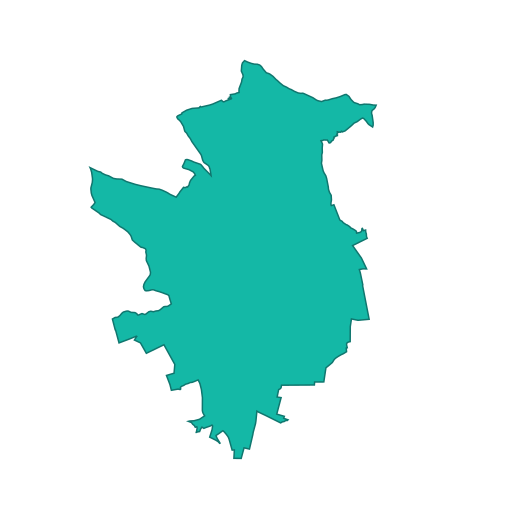 the district of Gheorghe Doja, Mures, Romania, rotated 165°
{"feature_id": "2599482B99552937012719", "entity_name": "Gheorghe Doja", "entity_type": "district", "adm_level": 2, "iso_a3": "ROU", "parent_name": "Romania", "parent_adm1": "Mures", "projection": "equal_earth", "projection_center": [24.503, 46.455], "detail": "fine", "context": "isolated", "style": "filled", "palette": "teal", "viewbox_px": 512, "rotation_deg": 165, "n_neighbors": 0, "source": "geoboundaries", "source_scale": "gbopen_adm2", "svg_char_len": 6134}
<svg xmlns="http://www.w3.org/2000/svg" viewBox="0 0 512 512"><g transform="rotate(165 256 256)"><path d="M393.4,384.3L393.2,383.0L393.1,379.3L393.8,373.7L394.1,372.2L395.1,369.4L397.8,364.6L398.2,363.3L398.8,359.5L398.8,356.9L397.6,349.3L399.5,347.7L402.6,345.8L402.1,344.7L397.0,338.8L396.3,337.9L395.4,336.3L386.6,328.8L385.2,326.7L383.3,324.9L379.9,319.8L377.3,317.3L375.5,315.1L373.5,312.4L372.0,309.2L371.5,307.3L371.3,303.5L369.4,300.5L365.2,294.7L364.6,294.1L363.2,293.5L360.9,291.6L360.7,289.9L361.4,288.4L361.5,285.6L361.7,284.6L362.7,282.1L363.1,279.9L362.0,273.9L362.1,267.6L362.9,265.5L363.7,264.6L369.7,259.8L371.6,257.6L372.7,255.4L372.7,253.4L372.1,251.4L371.2,250.8L368.5,250.3L365.1,250.3L363.6,249.8L361.9,248.5L358.2,246.3L351.2,241.4L350.4,240.2L350.4,236.7L350.2,231.7L352.7,230.7L354.1,230.3L355.5,230.4L357.0,230.8L358.4,230.8L362.7,228.8L364.4,228.4L367.0,228.8L369.6,228.7L371.9,229.9L373.9,229.9L377.5,228.4L378.2,228.3L378.8,228.4L380.8,229.8L381.3,229.9L384.7,229.4L385.3,229.5L385.7,229.9L386.0,231.0L386.2,231.3L387.6,232.7L391.3,233.9L392.9,235.3L393.9,236.0L395.6,236.3L398.5,236.2L399.4,235.9L400.6,235.3L402.8,233.7L405.2,232.7L406.5,232.8L407.9,233.1L411.0,232.3L411.1,221.3L410.9,221.3L410.8,219.8L410.8,207.5L399.7,208.6L392.3,209.5L392.0,209.2L395.2,206.3L390.1,202.0L387.1,190.4L367.9,194.1L362.5,172.3L365.5,164.0L373.4,163.8L372.4,154.1L372.5,148.2L365.7,147.6L364.4,146.9L363.6,146.7L363.1,147.1L363.2,147.7L363.1,148.4L362.3,149.1L361.6,149.4L359.3,149.7L357.2,150.4L354.5,150.4L352.4,150.8L350.4,150.5L349.1,150.6L344.0,151.3L343.4,148.6L343.2,147.1L343.3,141.1L344.4,133.1L347.8,120.7L347.9,119.3L347.8,117.9L347.0,114.9L352.5,113.0L353.3,112.9L358.5,112.9L362.8,113.8L364.1,113.8L361.4,111.8L360.7,109.9L359.4,108.1L359.0,106.3L357.4,106.4L357.4,105.0L359.2,101.2L360.1,101.0L357.9,101.2L355.9,101.0L354.3,103.2L352.5,104.7L351.0,103.0L348.9,103.3L344.3,103.6L342.3,104.1L341.9,103.1L343.4,99.6L347.6,93.0L342.5,88.5L340.6,86.4L339.6,84.5L339.2,84.6L340.7,89.7L341.1,92.5L341.0,93.0L338.0,94.0L333.3,95.8L332.9,95.5L332.2,94.3L331.1,92.0L330.0,89.3L329.6,87.9L329.4,85.9L329.3,74.7L327.1,74.3L329.7,66.3L322.7,64.3L317.2,73.8L312.3,71.2L305.3,84.3L304.3,86.5L299.9,94.1L298.8,96.6L295.3,105.9L294.0,104.6L288.1,99.6L275.4,88.4L273.3,89.0L271.8,88.8L269.7,89.4L268.4,89.0L267.5,89.5L271.3,92.1L270.1,93.8L276.9,97.9L268.4,112.7L272.1,114.3L268.7,121.1L267.2,121.4L266.3,121.9L265.7,122.6L264.8,124.6L233.0,116.3L232.0,119.1L223.1,116.8L217.4,129.9L212.9,131.9L209.8,133.4L207.1,135.9L205.3,136.8L202.7,137.7L199.4,138.6L197.0,139.0L193.3,140.1L192.7,143.7L191.6,143.7L191.5,146.6L191.2,147.8L190.4,148.6L188.9,149.0L187.2,148.9L183.2,163.4L180.1,170.5L174.1,167.5L163.1,165.6L160.7,199.8L160.3,200.4L159.6,212.6L159.7,216.2L156.0,215.9L152.5,214.9L154.7,226.7L160.0,241.1L144.0,244.3L144.2,245.5L144.2,246.5L143.7,248.8L143.8,250.7L143.4,252.7L145.7,252.7L146.0,254.8L146.2,255.2L146.6,255.0L147.3,253.1L148.1,252.3L149.4,251.9L152.9,252.0L153.0,252.3L152.7,252.8L152.7,253.7L153.0,254.5L155.2,256.9L157.0,258.5L157.5,259.0L157.6,259.6L157.9,260.1L159.9,262.4L161.0,263.1L162.0,264.4L162.9,265.3L163.4,266.0L163.6,266.9L165.7,269.1L167.5,285.3L170.2,285.2L170.3,286.1L169.9,287.8L168.6,290.6L167.7,295.0L167.8,295.7L168.5,298.2L168.6,299.4L168.7,301.8L168.3,303.9L167.7,312.5L167.8,315.4L168.8,318.9L169.1,321.1L168.8,328.6L167.6,331.4L166.3,336.7L165.1,338.9L164.1,343.2L162.9,346.4L162.8,347.4L163.4,350.6L162.9,350.6L161.8,350.3L160.7,350.6L157.1,349.5L156.5,347.6L156.3,346.5L156.0,346.2L154.7,346.2L153.2,347.4L151.3,348.1L150.8,349.0L150.1,349.6L150.1,350.5L149.9,350.7L149.3,350.6L148.2,351.2L147.4,351.1L146.8,351.3L146.2,351.2L146.0,351.8L146.5,352.1L146.5,352.4L145.5,353.8L145.3,355.0L144.6,354.7L144.6,354.1L144.3,354.0L142.9,354.1L142.3,353.7L141.1,354.4L140.9,354.3L140.8,353.6L140.7,353.5L137.5,353.8L130.1,357.2L126.8,359.0L123.4,359.6L120.0,361.0L117.5,361.7L116.4,361.0L114.6,357.6L113.6,354.9L112.9,353.7L110.0,350.4L109.0,352.0L108.3,354.5L107.4,361.9L107.5,363.6L107.0,365.3L106.2,366.5L103.5,367.7L102.2,368.9L100.9,370.6L103.5,371.4L107.0,373.1L112.3,374.7L114.3,374.8L116.8,375.3L118.2,376.7L121.2,378.6L121.9,379.3L123.7,382.5L124.9,386.1L127.0,388.7L128.4,388.9L133.4,388.2L137.7,388.0L141.5,388.2L145.9,388.0L147.7,388.2L148.8,388.6L152.7,388.2L155.7,389.8L157.1,390.8L160.1,394.2L168.1,400.8L169.2,401.3L170.4,401.4L173.1,402.6L176.4,405.2L178.8,407.6L180.5,408.8L182.8,411.2L185.6,413.5L188.2,417.1L190.1,420.2L190.8,421.0L193.0,425.0L195.3,427.9L196.4,428.9L198.6,430.3L200.7,434.7L201.7,437.6L203.0,439.5L205.1,440.9L207.8,441.7L210.6,443.2L213.9,445.5L216.5,447.7L219.1,446.0L220.4,443.9L222.3,438.5L221.7,434.4L222.1,432.3L223.7,430.5L224.9,427.8L229.0,422.1L229.8,419.6L230.0,418.3L232.4,418.4L234.1,418.0L239.0,418.5L239.4,416.5L239.3,415.6L238.9,414.9L238.9,414.4L239.1,414.2L239.4,414.3L239.6,414.9L240.0,416.1L240.4,416.2L240.4,415.6L240.2,414.3L240.3,414.1L241.3,414.0L241.5,414.3L241.7,415.4L241.9,415.4L242.1,415.1L242.2,414.1L242.6,413.8L244.8,413.7L246.4,413.3L247.4,413.3L248.0,413.7L249.1,415.4L258.3,414.0L261.8,413.8L270.1,414.1L270.8,414.3L271.0,414.8L271.6,414.6L272.7,413.8L279.5,415.1L285.3,414.8L290.5,413.4L291.0,412.4L295.1,411.7L296.3,411.1L296.5,410.4L296.1,408.7L295.1,407.3L294.0,405.3L292.5,400.0L292.5,395.2L292.3,394.5L291.2,392.7L290.3,389.3L289.1,386.5L288.3,383.0L282.9,368.3L282.7,366.9L282.7,362.4L282.3,360.5L281.9,359.6L278.8,356.0L278.1,354.5L278.1,352.4L277.9,352.0L278.6,345.3L283.8,354.5L284.1,355.4L285.5,358.4L286.0,359.0L291.8,362.9L293.5,364.4L297.0,366.8L298.4,367.2L299.3,367.1L301.7,363.9L303.9,361.5L303.8,360.5L303.1,359.6L298.3,356.7L294.9,353.5L294.0,351.6L293.7,349.6L295.0,349.3L299.6,346.0L301.2,344.0L302.3,341.9L304.3,340.3L304.8,340.7L305.5,340.5L306.9,340.4L308.2,341.1L313.2,337.4L313.9,336.6L317.9,333.5L323.3,338.0L324.6,339.5L326.3,341.1L329.7,343.9L332.2,345.6L335.0,346.6L339.1,348.6L348.9,353.6L354.0,356.4L362.0,361.5L365.6,364.9L370.7,366.5L373.7,367.9L377.6,371.6L380.4,373.3L383.2,375.7L384.3,377.3L386.9,378.7L393.4,384.3Z" fill="#14b8a6" stroke="#0f766e" stroke-width="1.5"/></g></svg>